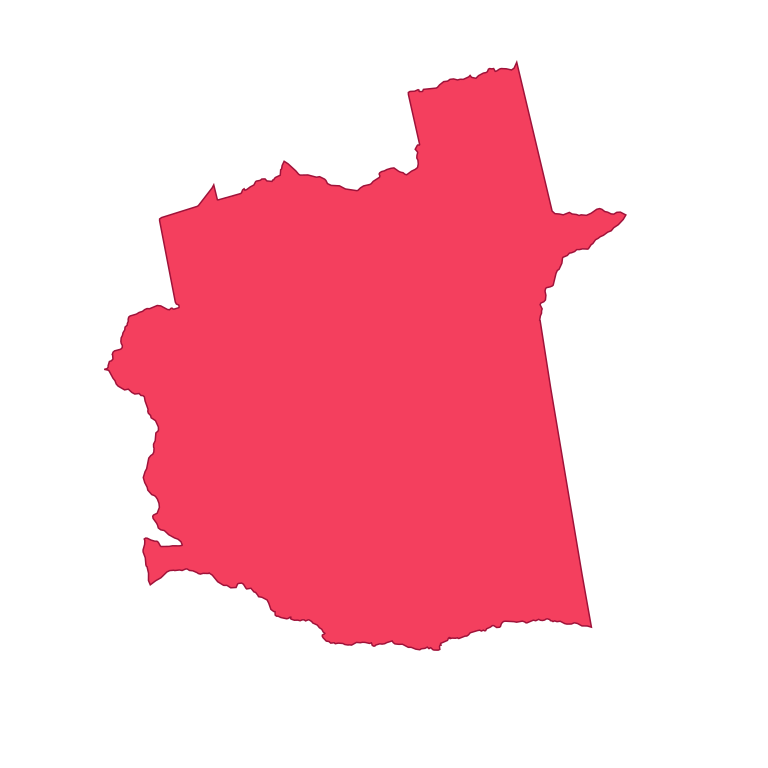 an SVG outline of Mato Grosso, rotated 77°
{"feature_id": "BRA-602", "entity_name": "Mato Grosso", "entity_type": "State", "adm_level": 1, "iso_a3": "BRA", "parent_name": "Brazil", "parent_adm1": "", "projection": "mercator", "projection_center": [-55.436, -12.685], "detail": "fine", "context": "isolated", "style": "filled", "palette": "rose", "viewbox_px": 768, "rotation_deg": 77, "n_neighbors": 0, "source": "natural_earth", "source_scale": "10m", "svg_char_len": 6170}
<svg xmlns="http://www.w3.org/2000/svg" viewBox="0 0 768 768"><g transform="rotate(77 384 384)"><path d="M257.3,568.9L174.3,565.9L172.7,565.5L171.8,563.3L168.9,526.0L168.4,524.7L154.3,507.4L151.7,505.1L167.0,504.9L167.3,504.3L166.2,480.9L165.6,479.8L163.1,478.1L162.3,476.4L163.9,475.9L163.6,473.8L161.9,470.1L160.8,466.0L158.1,463.7L157.6,462.8L157.7,458.7L156.8,456.9L157.4,453.8L159.8,452.4L161.4,447.6L160.2,446.5L160.3,445.6L158.9,444.3L158.3,443.2L157.2,438.1L152.0,436.5L151.4,435.4L148.2,434.1L144.5,431.2L147.8,428.0L156.5,422.0L160.4,420.0L161.6,418.7L163.2,411.1L167.3,403.3L167.5,400.1L171.0,395.8L172.6,394.8L176.0,394.0L178.6,390.8L180.9,382.8L185.3,377.7L189.5,367.0L189.5,365.9L187.6,362.8L186.4,359.4L186.4,352.7L185.9,351.3L184.1,348.9L181.6,341.9L180.3,341.2L178.3,341.5L177.3,340.7L176.5,338.7L176.4,335.6L175.7,333.1L175.4,328.7L175.7,325.7L180.0,321.9L181.4,320.1L182.4,317.9L184.4,316.4L185.2,314.8L182.8,309.3L181.9,305.3L180.6,302.6L177.2,301.1L173.5,300.6L171.2,301.2L168.5,300.4L166.3,299.2L165.3,299.2L162.3,300.8L159.1,298.0L158.7,297.3L159.1,295.7L158.7,295.4L107.4,295.1L105.4,294.7L104.8,292.8L105.6,288.3L104.9,284.6L105.5,283.8L106.5,284.0L107.0,283.7L107.6,281.0L107.4,280.5L105.8,279.3L107.4,266.6L107.0,265.2L105.0,262.5L102.8,257.8L103.2,253.9L102.0,251.2L102.4,247.6L104.3,243.9L104.2,241.3L105.0,238.2L103.8,232.3L102.7,230.7L104.9,229.7L106.8,225.7L104.8,222.5L103.4,217.3L103.5,214.6L103.2,213.6L102.8,212.9L100.7,211.4L100.4,210.1L101.2,208.1L101.3,206.2L104.4,205.3L104.4,204.0L103.1,200.5L103.0,198.9L104.4,193.9L106.7,189.1L105.5,186.2L100.4,182.3L253.3,181.3L256.5,179.1L257.8,174.9L259.5,171.3L258.5,164.8L260.7,162.4L262.1,158.4L263.7,156.0L263.5,153.9L265.2,148.8L264.2,143.7L261.6,137.4L261.6,134.4L262.8,132.4L265.6,130.1L266.9,127.4L269.3,124.5L270.2,121.9L269.1,118.6L269.7,115.0L273.7,110.3L277.5,113.9L281.5,119.9L283.4,125.0L285.8,128.1L286.4,132.0L288.5,136.8L289.1,140.1L290.3,142.7L291.0,145.4L294.1,148.9L294.9,150.9L298.2,154.4L298.4,155.1L297.0,160.1L297.0,163.4L296.4,166.0L297.8,168.4L298.3,171.7L298.2,173.9L300.0,176.5L300.8,181.1L301.4,181.7L306.3,183.5L311.6,187.6L312.4,189.6L314.9,191.5L325.7,196.9L326.3,197.9L326.7,200.2L326.7,204.0L327.3,205.0L329.6,206.2L334.0,206.3L338.4,207.8L339.8,209.8L340.4,212.9L341.8,214.1L346.4,213.0L348.1,214.0L350.5,214.6L352.8,216.3L356.9,218.0L357.2,217.6L425.4,222.5L614.7,233.9L667.6,236.6L665.5,240.4L664.2,245.6L660.9,249.3L659.9,251.4L659.5,252.3L660.0,255.4L659.1,259.7L658.1,261.8L654.8,265.7L654.5,268.9L653.2,271.0L653.5,272.8L652.8,273.4L652.0,275.1L650.8,275.5L649.5,277.8L649.5,278.9L650.1,280.6L650.1,282.7L649.4,284.7L648.1,286.2L648.8,289.4L647.7,291.6L648.9,298.4L648.6,299.5L647.4,300.5L646.2,302.5L645.9,308.4L644.8,310.8L642.4,319.2L642.3,320.8L642.9,322.2L644.0,323.6L646.5,325.1L647.0,326.2L646.6,329.0L644.1,331.4L643.8,332.8L644.8,335.0L645.6,339.1L647.2,340.5L647.1,341.5L646.2,342.5L646.6,344.7L645.4,346.1L645.3,348.3L645.8,355.9L647.5,358.2L648.2,360.0L647.9,361.8L648.8,368.1L648.6,368.9L647.8,369.5L647.8,371.6L646.9,374.8L647.0,376.7L646.8,377.1L646.0,376.8L645.7,377.5L646.2,378.4L648.1,379.8L649.5,387.2L651.3,387.2L651.1,388.3L652.4,389.0L655.2,389.3L655.5,391.0L654.5,395.1L653.8,396.2L651.5,397.7L651.3,398.2L651.9,399.0L651.9,399.8L650.1,401.0L650.8,403.5L650.4,407.1L651.0,408.9L649.5,412.7L646.7,416.7L646.0,419.6L641.7,424.6L641.0,428.1L639.7,431.8L638.2,433.1L636.2,433.9L636.6,439.4L637.2,441.7L637.0,444.4L636.2,446.6L636.5,450.6L637.2,451.7L637.2,452.8L636.1,454.2L633.4,454.5L633.5,456.5L631.5,460.6L630.8,463.2L630.8,465.1L629.6,469.0L631.1,474.3L630.2,477.0L630.3,477.6L629.0,480.8L627.6,482.4L626.2,486.8L626.1,489.9L624.9,490.8L624.5,494.2L622.6,495.5L621.5,498.1L617.6,500.4L615.8,500.9L614.7,500.5L614.2,498.5L613.6,497.7L612.0,499.0L609.0,499.8L606.9,501.8L603.9,503.2L600.8,507.2L599.2,507.9L597.2,509.8L596.7,510.8L597.2,513.7L595.8,514.9L595.4,516.7L595.8,519.0L594.7,521.1L594.0,524.5L592.2,527.4L591.5,527.8L590.3,527.2L590.0,527.9L590.9,530.2L590.9,531.6L588.3,537.1L586.5,539.3L586.0,541.0L584.7,542.0L581.3,541.4L580.9,542.6L578.2,544.9L571.7,545.6L568.1,546.5L564.3,551.0L563.0,554.1L561.6,554.4L558.2,556.0L557.3,557.5L553.1,559.6L552.8,563.9L551.9,564.5L547.5,566.0L546.0,567.4L545.6,570.5L545.9,571.6L549.0,573.9L548.1,579.2L544.9,582.3L544.1,585.6L539.3,590.5L531.6,594.3L528.8,596.9L529.1,597.8L527.8,602.8L527.9,605.7L526.9,607.6L525.9,608.4L523.0,612.3L521.9,615.5L520.2,617.1L519.6,618.5L520.3,622.7L519.2,625.1L518.7,629.9L518.2,630.6L517.6,634.7L518.3,637.8L522.6,644.9L524.3,650.6L527.1,656.9L522.5,657.7L515.4,656.0L508.7,656.0L508.2,656.5L506.7,656.7L499.6,655.7L493.5,656.5L491.5,656.1L486.4,653.3L482.8,652.3L481.1,652.5L480.5,650.9L481.0,649.4L483.6,646.2L485.6,642.7L486.1,640.6L487.5,639.5L491.4,638.4L492.2,637.8L493.9,629.9L494.1,626.4L495.7,619.8L495.8,617.1L495.4,616.8L492.0,617.3L488.8,619.7L486.9,622.7L482.4,627.7L477.4,631.0L475.8,634.4L473.5,636.3L470.5,636.4L468.2,637.0L463.1,639.2L460.8,639.1L459.8,638.0L458.9,634.1L453.7,630.6L449.7,630.1L445.2,630.7L442.4,631.8L441.1,632.8L439.5,635.2L434.3,638.0L431.3,638.0L426.3,639.3L421.0,639.6L415.6,636.5L413.1,634.3L403.3,629.9L401.3,627.4L400.4,625.1L398.5,623.6L394.8,622.5L393.7,622.7L390.8,622.1L387.8,619.7L380.4,617.3L379.0,614.8L378.0,614.1L375.1,613.5L368.3,614.9L364.5,618.5L362.2,618.5L359.4,620.2L357.7,620.3L355.4,619.6L346.9,620.6L342.5,620.4L341.1,621.5L340.5,623.4L338.2,624.7L337.7,629.1L335.5,631.6L331.5,634.3L331.4,638.1L326.2,643.6L323.8,644.9L320.2,645.4L317.6,646.7L309.5,648.9L308.5,649.6L306.8,653.3L306.7,650.4L305.6,649.0L304.1,648.7L300.3,646.5L300.0,644.3L298.7,642.5L294.7,641.9L294.2,642.2L292.0,640.8L291.1,639.1L290.9,632.8L289.7,630.9L287.7,630.3L285.2,630.9L283.3,630.8L279.9,629.7L277.8,627.9L275.4,626.8L272.9,624.4L270.3,623.5L268.9,621.0L267.3,620.5L265.4,619.1L263.3,618.7L261.4,617.7L260.6,616.1L260.2,609.5L259.2,606.6L258.9,603.0L257.7,600.5L257.2,597.9L257.9,595.5L256.5,587.3L257.7,583.9L262.7,578.2L263.4,576.3L262.3,574.4L262.4,573.5L263.6,572.5L263.8,571.8L263.5,566.8L263.0,566.3L260.9,566.2L259.4,568.3L257.3,568.9Z" fill="#f43f5e" stroke="#9f1239" stroke-width="1.5"/></g></svg>